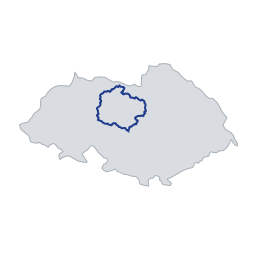 Vysočina on a map of Czechia (Albers equal-area conic projection), rotated 175°
{"feature_id": "CZE-1594", "entity_name": "Vysočina", "entity_type": "Region", "adm_level": 1, "iso_a3": "CZE", "parent_name": "Czechia", "parent_adm1": "", "projection": "albers", "projection_center": [15.646, 49.41], "detail": "fine", "context": "in_parent", "style": "outline", "palette": "blue", "viewbox_px": 256, "rotation_deg": 175, "n_neighbors": 0, "source": "natural_earth", "source_scale": "10m", "svg_char_len": 6767}
<svg xmlns="http://www.w3.org/2000/svg" viewBox="0 0 256 256"><g transform="rotate(175 128 128)"><path d="M235.7,140.9L234.9,141.0L233.1,141.8L230.7,142.2L228.2,142.2L226.2,143.6L224.4,145.8L222.5,147.4L221.5,148.7L221.0,150.1L214.5,154.3L213.7,155.9L213.0,158.2L212.8,161.2L212.4,163.9L211.3,165.4L207.8,166.7L206.9,167.4L206.3,168.8L204.3,170.9L202.0,173.0L197.7,175.4L193.1,176.2L187.0,175.6L183.4,174.8L181.7,175.8L179.4,178.9L177.0,184.1L176.0,188.0L175.1,186.9L173.6,182.8L172.0,182.3L169.7,181.9L168.0,181.4L164.3,179.0L162.4,178.4L160.3,178.2L158.2,179.6L156.7,181.3L151.8,181.3L146.5,180.5L138.9,175.1L137.0,175.1L134.9,175.3L131.5,174.1L125.1,170.5L122.2,169.7L120.3,170.2L118.5,170.9L117.3,171.0L116.6,169.9L114.2,168.4L111.8,168.3L111.1,169.1L110.2,176.9L109.4,179.6L106.1,179.5L104.9,180.8L102.3,184.5L101.7,188.1L97.2,187.3L95.1,186.7L93.2,187.1L91.1,189.1L85.3,188.9L80.7,187.6L78.8,183.1L76.7,181.3L74.1,179.6L73.2,179.3L71.8,176.8L69.1,173.7L64.7,169.5L61.2,169.6L59.9,168.4L59.4,166.9L58.1,164.2L56.5,162.4L54.5,161.6L51.8,159.2L48.1,154.0L44.8,150.4L41.5,150.3L39.4,148.4L37.4,146.0L35.9,143.6L33.6,137.8L32.0,134.6L30.7,132.5L29.2,130.8L28.7,129.4L30.7,126.5L31.5,125.1L32.3,124.0L32.9,122.8L32.9,121.9L31.3,118.8L29.0,116.6L25.7,114.3L23.6,111.4L22.9,108.9L22.8,107.5L21.4,105.6L20.3,102.8L20.4,101.1L20.7,100.7L21.8,100.8L23.0,101.9L24.7,104.2L26.0,107.4L27.0,106.2L28.8,102.9L31.9,99.3L35.1,97.2L37.8,97.2L40.1,96.7L42.0,95.6L45.2,96.2L47.6,97.1L48.3,96.6L49.4,94.7L50.0,93.0L55.3,92.2L57.2,88.9L58.2,89.0L59.3,88.5L60.5,87.3L61.5,86.8L62.4,87.5L63.4,87.9L64.6,87.2L66.4,83.5L67.4,82.9L71.9,82.4L78.2,80.4L81.4,78.5L84.5,77.4L87.8,75.6L93.1,73.8L93.3,73.1L91.0,71.1L90.2,69.9L89.6,68.7L90.5,67.3L91.7,66.9L93.1,67.5L97.5,68.4L98.7,69.2L99.1,71.1L100.2,73.0L101.1,73.2L100.7,76.1L102.1,77.3L104.1,78.2L105.5,78.0L106.5,76.8L106.9,76.0L109.6,75.9L112.3,74.7L112.5,72.7L112.4,68.9L112.7,68.3L116.8,69.4L121.0,71.2L121.5,74.9L122.6,76.8L123.9,78.5L125.2,79.2L127.4,79.4L133.0,81.6L135.7,82.1L138.5,83.6L140.9,85.2L142.6,85.5L143.4,87.2L144.5,88.4L146.3,87.5L153.1,86.2L155.6,87.8L157.2,89.6L157.5,90.2L156.6,91.8L156.2,93.0L155.5,93.8L153.2,94.7L151.9,96.1L150.9,97.7L151.6,99.1L153.5,100.2L154.9,100.5L155.4,101.5L159.8,106.3L163.3,112.5L164.7,113.5L166.0,113.7L167.4,112.8L169.1,110.7L171.1,109.2L172.8,108.4L175.7,106.6L175.8,105.5L173.3,101.3L171.8,97.9L172.1,97.3L175.3,97.8L180.7,99.5L189.2,105.5L190.7,105.4L193.6,104.9L196.8,103.8L198.3,102.6L198.8,103.1L199.4,106.4L198.6,108.3L194.9,110.2L195.1,111.1L196.1,112.2L197.9,112.9L200.0,115.0L201.5,117.5L202.8,118.6L204.2,119.1L207.6,117.7L208.6,116.6L209.0,115.8L209.7,116.0L211.0,117.2L211.3,117.9L214.8,119.1L216.8,120.8L218.1,121.5L219.4,120.7L224.8,121.9L226.3,123.0L226.9,124.8L226.7,126.0L227.6,129.0L234.7,135.8L235.6,139.4L235.7,140.9Z" fill="#d9dde1" stroke="#a8b0b8" stroke-width="1"/><path d="M157.1,138.6L157.0,139.2L156.9,139.8L156.5,140.8L156.5,141.0L157.4,142.1L157.6,142.4L157.6,142.6L157.7,142.9L157.7,143.3L157.6,143.5L157.5,143.8L157.4,143.9L156.4,144.1L156.2,144.4L156.2,144.6L156.4,145.3L156.5,147.5L156.5,147.9L157.2,149.8L157.2,150.1L157.2,150.4L157.0,150.7L154.2,152.4L153.8,152.9L153.5,153.4L153.4,153.7L153.3,154.1L153.3,154.4L153.3,154.6L153.4,154.8L153.6,155.2L153.7,155.4L153.7,155.6L153.6,155.8L152.9,156.1L152.7,156.3L152.6,156.5L152.5,157.1L152.4,157.7L152.5,158.0L152.7,158.4L153.1,158.6L153.2,158.8L153.4,158.9L153.4,159.2L153.4,159.4L153.4,159.7L153.2,159.9L152.8,160.5L152.6,160.7L152.6,161.0L152.6,161.4L152.9,162.1L153.0,162.3L153.0,162.5L152.9,162.8L152.7,163.2L152.0,164.1L149.7,164.9L149.6,165.0L148.9,166.0L148.6,166.2L148.3,166.4L146.0,166.0L145.9,166.0L145.3,166.5L145.1,166.6L144.1,166.6L143.8,166.5L143.6,166.4L143.4,166.2L143.3,165.9L143.1,165.6L142.9,165.6L142.7,165.7L141.8,166.8L141.7,166.8L141.4,166.7L141.2,166.8L141.1,167.0L140.9,167.2L140.8,167.9L140.6,168.1L140.4,168.2L139.3,168.1L138.4,168.5L136.0,170.7L135.8,170.7L135.6,170.6L134.6,169.8L134.4,169.7L134.2,169.7L134.0,169.8L133.6,170.1L133.4,170.3L133.3,170.6L133.0,170.9L132.9,171.1L132.7,171.1L131.9,170.0L131.6,169.8L131.4,169.7L131.2,169.7L130.8,169.9L130.7,170.1L130.7,169.9L130.6,169.7L130.4,169.5L130.3,169.4L129.9,169.3L129.4,169.3L129.1,169.2L128.9,169.1L128.8,168.9L128.7,168.5L128.6,168.4L128.4,168.4L128.2,168.2L128.3,167.6L128.4,167.4L128.5,167.2L129.6,166.0L129.7,165.7L129.8,165.4L129.8,165.1L129.9,164.8L129.9,164.6L130.0,164.6L130.9,164.5L131.1,164.4L131.3,164.3L131.4,164.2L131.5,164.1L131.5,163.8L131.3,163.5L129.7,162.0L129.6,161.9L129.3,161.9L128.1,162.4L127.6,162.5L126.1,162.2L125.9,162.2L125.4,162.3L125.2,162.3L125.1,162.2L123.6,160.7L123.4,160.5L123.3,160.2L123.2,159.7L123.2,158.9L123.1,158.5L122.9,158.2L122.6,158.1L121.0,157.9L120.7,157.8L120.5,157.7L118.8,156.8L118.6,156.8L118.4,156.9L118.3,157.0L117.7,157.9L117.4,158.0L116.1,157.1L115.3,155.9L114.4,155.3L113.6,154.6L113.1,154.3L112.8,154.3L112.6,154.4L112.0,154.9L111.7,155.0L111.4,154.9L110.8,154.5L109.6,153.4L109.4,153.1L109.3,152.9L109.3,152.6L109.4,151.6L109.4,151.4L109.3,151.2L109.2,151.1L108.7,150.5L108.6,150.3L108.5,150.0L108.5,149.6L109.2,147.0L109.2,146.0L109.1,145.2L108.7,143.5L108.8,143.3L109.0,143.2L110.1,142.9L110.3,142.7L110.4,142.2L110.2,141.8L109.8,141.3L110.0,141.2L110.4,140.8L110.6,140.6L110.7,140.4L110.7,140.2L110.8,140.0L110.9,139.9L111.5,139.6L111.6,139.4L111.6,139.1L111.6,138.9L111.6,138.7L111.9,138.6L112.1,138.6L113.4,139.2L113.8,139.2L114.2,139.1L115.0,138.9L115.9,139.0L116.4,139.2L117.3,139.0L119.9,137.8L120.0,137.2L119.9,136.7L119.7,136.3L119.5,136.0L119.4,135.8L117.9,134.7L117.7,134.3L117.8,133.9L118.0,133.6L118.7,132.8L119.0,132.4L119.1,132.2L119.2,131.8L119.2,131.6L119.3,131.4L119.5,131.3L119.6,131.1L119.9,131.0L120.0,131.1L120.4,131.3L120.6,131.4L120.8,131.4L122.2,130.6L123.3,130.1L124.5,129.1L124.8,129.0L125.5,129.1L125.9,129.1L126.2,128.9L126.4,128.8L126.5,128.6L126.6,128.4L126.7,127.6L126.7,127.4L126.8,127.2L126.9,126.9L127.1,126.7L127.3,126.5L127.4,126.4L127.7,126.3L127.9,126.1L127.9,125.9L127.9,125.4L127.9,124.9L129.3,125.9L129.9,126.6L130.7,128.0L131.1,128.3L131.3,128.4L133.7,128.2L134.3,128.4L135.7,129.5L136.6,129.7L137.0,130.0L137.3,130.4L137.4,130.9L137.5,131.1L138.4,131.6L139.0,132.0L139.4,132.6L139.9,133.7L140.7,133.9L140.9,133.8L141.2,133.7L141.7,133.9L142.0,134.0L142.3,134.0L142.6,133.8L143.1,133.3L143.3,133.2L143.6,133.0L143.8,132.9L143.9,132.7L144.0,132.3L144.1,132.2L144.3,132.1L144.7,132.2L145.1,132.5L145.6,132.7L146.0,132.9L146.8,133.0L147.1,133.2L147.4,133.4L147.5,133.7L147.6,133.9L147.8,134.1L148.2,134.2L148.8,134.1L149.7,134.1L150.3,134.3L151.3,134.8L152.5,135.6L152.9,135.9L153.2,136.3L153.4,136.6L153.6,137.0L154.0,137.2L155.1,137.6L156.4,138.5L157.1,138.6Z" fill="none" stroke="#1e3a8a" stroke-width="2"/></g></svg>